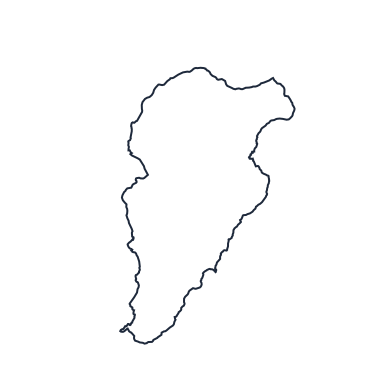 outline of Stramtura, Maramures, Romania, rotated 330°
{"feature_id": "2599482B10134802893946", "entity_name": "Stramtura", "entity_type": "district", "adm_level": 2, "iso_a3": "ROU", "parent_name": "Romania", "parent_adm1": "Maramures", "projection": "equal_earth", "projection_center": [24.134, 47.755], "detail": "fine", "context": "isolated", "style": "outline", "palette": "slate", "viewbox_px": 384, "rotation_deg": 330, "n_neighbors": 0, "source": "geoboundaries", "source_scale": "gbopen_adm2", "svg_char_len": 6044}
<svg xmlns="http://www.w3.org/2000/svg" viewBox="0 0 384 384"><g transform="rotate(330 192 192)"><path d="M89.1,301.0L89.7,300.7L94.1,300.4L95.4,298.6L98.1,298.7L99.1,299.2L100.4,299.2L105.1,298.3L108.7,298.1L110.1,297.5L112.1,295.4L113.4,294.7L113.9,294.3L113.8,293.7L114.5,291.6L116.0,292.0L116.6,291.8L117.5,291.2L119.6,290.2L120.4,289.4L121.8,289.3L123.4,288.8L123.9,288.4L124.7,287.0L125.0,286.9L126.6,286.4L127.9,286.4L128.3,286.2L129.6,285.2L129.9,284.5L130.0,283.4L131.8,280.4L133.7,279.3L137.1,278.5L138.1,277.9L139.0,277.0L140.4,276.2L144.8,275.8L146.5,277.5L147.2,277.8L151.0,278.6L152.1,278.4L153.3,277.7L154.2,276.8L154.8,275.4L154.8,274.0L155.1,273.4L156.1,272.9L156.5,272.1L158.0,271.5L160.4,269.4L160.7,268.8L160.8,267.9L162.0,267.4L164.1,267.1L165.4,267.2L165.9,267.0L168.6,267.3L169.1,267.6L169.5,268.2L170.7,268.9L171.5,270.0L171.9,270.7L171.9,271.4L172.2,271.8L172.3,273.2L172.5,273.2L174.0,271.7L174.1,271.1L173.7,270.6L173.9,269.5L174.8,268.7L175.4,267.8L176.8,267.1L178.4,265.5L182.9,264.0L183.9,262.2L184.7,261.4L185.7,260.9L186.1,259.8L186.3,259.6L186.7,259.6L187.6,259.1L189.1,259.0L190.0,258.5L190.9,258.6L192.7,260.0L193.5,259.7L193.8,259.1L195.9,257.2L196.5,256.3L197.4,254.7L199.3,252.7L199.9,251.4L200.2,251.3L200.9,251.8L203.4,251.6L204.2,250.7L205.5,250.1L206.0,249.1L207.4,248.0L208.9,245.7L209.8,245.3L210.4,244.8L212.4,244.4L213.6,244.4L215.6,243.3L217.0,243.1L219.3,242.5L219.5,242.1L219.4,241.1L219.6,240.3L221.0,240.3L222.4,239.4L224.3,237.8L225.0,237.8L227.3,238.9L229.0,238.9L231.5,239.5L234.6,239.3L236.5,238.5L238.6,238.1L240.1,236.7L241.1,236.7L243.1,236.2L245.1,236.3L247.6,235.8L253.6,233.1L254.5,232.2L255.3,232.0L256.1,231.2L256.2,229.8L256.5,229.0L257.8,227.9L259.1,226.2L260.0,225.6L261.1,224.0L263.0,222.7L263.5,221.9L264.4,221.1L264.4,220.7L264.9,220.0L265.0,219.4L265.4,218.8L265.6,217.8L266.3,216.5L266.1,215.9L265.3,215.2L265.0,214.4L264.0,213.0L263.6,212.6L262.6,211.0L262.2,210.0L262.7,208.0L262.1,206.1L262.4,205.0L262.5,203.2L262.1,202.4L260.1,201.7L260.8,196.6L260.5,195.4L261.0,195.0L261.1,193.9L261.3,193.5L259.6,192.8L259.4,192.1L258.6,191.9L258.7,190.4L261.5,189.4L261.5,188.7L262.8,188.5L263.3,188.0L264.2,188.4L264.3,188.2L263.9,188.1L264.0,187.4L264.2,187.2L264.7,187.4L265.0,187.8L266.1,188.1L266.3,187.5L267.6,186.1L268.4,185.6L270.2,185.1L272.5,183.0L272.6,182.8L272.3,182.2L272.4,181.9L272.9,181.4L273.1,179.9L273.6,179.2L274.4,178.9L275.1,177.8L276.0,177.3L276.2,176.1L279.0,174.4L281.0,173.9L281.9,173.4L283.2,172.3L284.6,171.7L288.9,171.3L290.9,170.4L293.2,170.6L295.4,169.7L296.4,169.7L299.1,170.8L301.2,170.9L302.1,171.1L304.6,172.2L307.2,174.1L310.1,176.7L312.1,177.5L313.9,177.2L316.6,176.4L317.4,175.9L318.9,174.2L321.2,172.6L322.4,171.3L322.6,170.6L322.8,168.7L322.6,167.5L322.9,166.0L323.3,165.2L323.4,164.7L323.1,163.7L323.3,162.0L323.3,160.5L323.1,157.3L320.5,155.1L320.7,153.6L321.0,152.9L321.4,152.6L323.2,149.7L323.7,148.3L323.7,147.3L323.6,146.1L323.0,144.6L322.7,142.9L322.4,142.4L320.2,140.7L320.0,140.2L319.7,138.2L319.1,136.4L319.2,133.8L317.6,133.7L314.6,134.0L309.0,133.2L306.1,132.4L304.3,133.0L301.3,132.8L299.7,132.4L297.6,131.2L296.1,131.0L293.6,130.1L290.7,128.6L287.2,128.2L285.9,127.4L284.9,126.2L284.3,125.7L282.2,124.9L280.9,124.7L279.5,123.4L278.4,121.6L275.6,117.7L275.4,115.8L276.2,112.4L274.5,109.4L274.3,109.1L270.8,107.9L270.2,107.0L270.0,106.5L270.1,105.6L269.8,104.3L267.8,101.6L267.1,99.2L267.3,97.2L266.7,95.2L265.8,94.3L265.8,93.4L265.1,92.1L265.3,91.8L264.2,90.6L261.5,88.7L258.3,87.3L257.6,86.6L256.3,86.2L255.0,86.1L252.4,86.7L250.4,86.8L249.7,86.6L248.1,85.4L244.0,83.9L238.9,83.5L233.2,83.8L232.0,83.6L230.2,82.7L229.2,83.3L226.1,83.6L221.5,85.1L219.6,84.5L217.3,82.5L216.6,82.2L212.7,83.4L210.2,84.6L208.0,86.7L205.5,88.0L202.7,88.5L200.3,87.9L197.8,87.9L194.1,89.4L192.0,91.5L190.1,95.1L189.7,96.4L188.8,97.7L180.0,102.9L179.0,102.7L176.7,103.2L176.1,102.8L175.6,102.1L174.4,102.1L173.6,102.8L172.4,104.2L172.1,104.7L172.1,105.6L171.6,106.3L171.4,107.3L170.1,109.4L166.0,114.1L165.9,114.8L164.3,116.1L162.5,116.1L161.9,116.6L161.6,117.8L160.2,119.6L159.9,121.4L158.7,122.8L157.8,124.2L158.9,124.8L158.8,126.5L158.9,127.4L159.3,128.2L157.6,128.4L158.2,130.3L161.8,135.6L163.0,137.8L163.3,145.6L162.6,148.1L162.4,155.1L157.7,156.0L156.4,155.9L154.3,154.5L153.3,153.2L151.2,152.4L150.3,152.3L149.5,153.1L149.2,154.0L149.4,154.9L148.9,155.8L148.1,156.1L145.5,155.9L144.3,156.0L141.6,157.9L137.8,156.5L135.8,157.1L134.8,157.8L133.2,158.1L130.1,160.1L128.5,161.8L128.0,164.6L128.5,167.6L129.1,169.9L127.8,171.8L127.5,172.6L127.4,174.1L126.6,176.0L125.0,178.3L123.6,179.4L122.9,182.5L122.7,185.2L121.9,187.3L121.4,193.6L120.9,196.2L120.0,196.8L119.4,197.5L117.9,200.7L118.7,202.0L118.5,202.5L118.1,202.6L118.0,203.2L117.0,204.0L116.6,203.9L116.5,203.4L114.2,204.2L112.1,204.4L110.1,205.1L109.7,206.4L109.6,208.5L110.1,210.1L111.0,211.0L111.4,212.1L110.2,212.4L110.6,213.2L110.4,213.9L110.9,214.6L112.4,215.8L112.8,217.2L112.4,219.3L112.6,220.7L111.5,225.8L109.4,230.7L108.5,231.3L108.2,232.3L108.2,232.8L107.6,233.6L106.4,234.3L105.8,235.3L104.4,235.6L103.3,236.1L101.8,235.9L101.4,236.2L101.0,236.7L100.3,238.7L100.3,239.1L100.0,239.6L99.4,239.9L99.1,240.2L99.0,241.5L99.1,242.1L99.6,242.5L99.8,242.9L99.9,243.4L99.3,246.3L98.1,247.8L96.3,248.9L94.1,251.6L89.2,254.3L82.2,257.5L81.9,258.3L82.0,258.6L82.0,259.2L81.5,260.1L82.6,262.1L82.4,262.8L81.9,263.2L81.8,263.5L81.8,264.0L82.3,265.3L82.6,265.5L81.3,266.8L80.4,268.2L80.4,268.5L80.6,269.1L81.2,269.6L80.6,270.5L79.7,271.2L79.3,272.2L76.0,274.1L75.1,274.9L74.6,274.9L74.6,275.2L74.2,275.2L72.7,275.7L72.6,276.2L72.2,276.3L71.8,276.3L71.4,275.9L71.5,275.6L71.2,274.7L70.5,274.3L68.1,275.5L67.4,275.3L67.1,274.8L64.1,276.3L62.8,275.9L61.4,275.9L60.3,276.6L60.7,277.5L62.3,278.6L63.8,278.7L66.9,278.1L68.0,278.1L67.9,281.2L68.7,283.0L69.1,283.3L70.0,287.8L69.0,289.1L68.5,290.1L68.4,290.9L68.4,292.3L70.4,294.5L71.6,296.2L74.0,298.0L75.1,299.6L77.3,300.3L77.8,300.1L79.2,300.1L82.4,301.8L83.7,301.5L84.6,300.8L89.1,301.0Z" fill="none" stroke="#1e293b" stroke-width="2"/></g></svg>